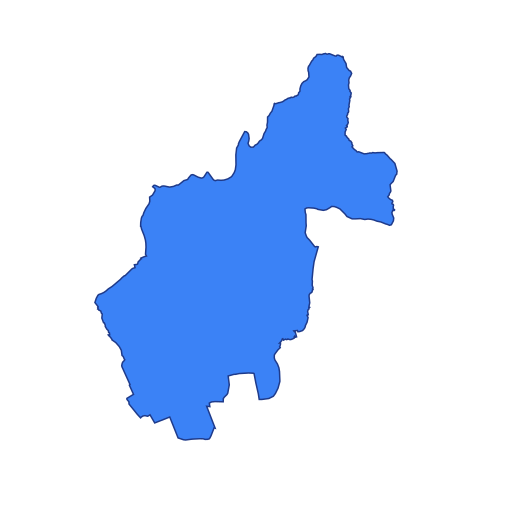 Coas, Maramures, Romania (Mercator projection), rotated 232°
{"feature_id": "2599482B41042364837180", "entity_name": "Coas", "entity_type": "district", "adm_level": 2, "iso_a3": "ROU", "parent_name": "Romania", "parent_adm1": "Maramures", "projection": "mercator", "projection_center": [23.595, 47.517], "detail": "fine", "context": "isolated", "style": "filled", "palette": "blue", "viewbox_px": 512, "rotation_deg": 232, "n_neighbors": 0, "source": "geoboundaries", "source_scale": "gbopen_adm2", "svg_char_len": 6089}
<svg xmlns="http://www.w3.org/2000/svg" viewBox="0 0 512 512"><g transform="rotate(232 256 256)"><path d="M313.1,99.7L312.3,99.7L311.7,98.6L310.9,99.1L310.3,98.8L308.2,99.8L306.2,99.0L304.9,99.1L302.0,96.3L297.3,94.8L296.7,95.3L294.3,94.6L293.2,93.8L290.1,93.4L288.2,93.7L286.5,92.8L285.7,93.2L284.0,92.2L284.8,91.0L284.4,90.9L281.5,91.3L278.6,91.1L278.5,90.9L274.1,92.2L268.8,92.5L264.6,91.8L260.1,89.2L258.6,89.5L255.7,88.7L255.2,88.8L254.8,88.2L254.5,85.9L253.9,84.6L252.4,82.8L251.3,82.2L232.3,77.6L232.2,76.7L222.4,74.3L223.3,66.6L222.4,66.0L219.4,66.1L217.5,64.8L204.3,65.0L199.5,65.4L199.7,66.5L199.5,68.4L198.6,70.2L196.5,71.9L196.3,72.6L196.1,74.7L186.8,73.4L182.2,88.9L160.6,82.6L155.9,85.7L154.4,87.2L151.1,92.8L146.7,99.1L144.5,101.8L142.8,103.0L141.3,105.1L140.7,106.5L141.0,107.7L142.1,110.0L146.4,117.2L145.5,117.8L168.0,124.6L165.7,126.9L168.8,128.6L168.4,131.1L166.5,134.1L161.3,140.4L163.8,142.5L164.3,144.3L164.7,147.8L165.3,149.3L170.9,155.6L178.6,160.2L176.3,165.8L175.4,167.0L173.7,170.4L168.4,178.1L165.4,181.6L164.6,182.1L156.0,177.7L146.0,173.0L141.0,170.2L139.3,172.4L135.8,178.4L134.8,183.3L135.7,186.6L138.3,192.0L142.4,197.5L143.4,198.3L150.5,203.4L153.8,205.2L157.7,206.4L162.5,206.9L164.5,207.7L166.7,209.5L167.3,211.0L168.5,215.4L168.9,218.7L170.0,218.8L170.2,219.4L171.5,221.1L172.5,221.8L172.9,221.1L173.5,224.2L174.4,225.5L174.3,226.2L172.8,225.9L172.3,228.1L171.3,228.6L170.9,229.6L171.0,230.0L169.3,231.2L168.7,232.0L168.1,233.8L167.8,235.6L168.8,236.4L169.0,237.1L167.8,236.9L167.3,238.2L172.1,240.2L172.4,240.3L172.7,239.7L173.7,239.7L171.8,242.8L170.5,242.4L169.6,243.8L168.6,246.7L168.7,247.8L169.1,249.6L170.0,251.4L170.6,251.8L172.4,255.5L175.4,259.1L177.9,259.7L178.0,260.0L177.5,261.0L180.5,262.5L181.7,264.2L181.7,265.3L182.7,265.7L182.6,266.7L183.4,266.5L183.7,266.7L186.0,269.5L191.9,273.2L192.8,274.2L193.3,276.0L193.0,276.8L193.2,278.2L193.9,278.7L194.6,280.4L195.3,280.2L195.7,281.3L198.4,282.3L201.5,285.0L203.0,285.7L211.0,293.3L215.8,298.3L224.9,310.7L226.0,309.8L226.7,308.3L227.5,308.0L235.4,308.0L239.1,307.6L240.9,308.0L244.1,309.1L248.9,314.2L251.3,315.8L257.8,320.8L259.9,321.6L262.9,323.5L262.7,325.4L261.7,327.1L258.1,331.1L255.8,333.0L254.7,333.4L250.5,337.2L249.1,340.1L248.5,344.8L248.5,346.1L246.7,348.2L244.7,349.5L241.5,351.1L234.4,352.0L231.1,352.0L226.1,354.6L224.2,357.0L221.2,361.3L217.8,364.2L216.2,367.0L214.0,369.3L211.9,371.0L208.9,372.8L206.0,375.3L201.3,378.0L200.2,378.9L198.0,380.1L197.3,381.9L199.1,385.9L201.1,387.9L205.0,389.0L206.7,389.9L207.1,391.0L207.8,391.7L206.8,393.0L207.0,393.6L207.3,393.7L208.6,393.2L210.4,394.5L211.4,395.7L212.2,395.9L213.1,395.3L213.8,395.5L214.5,396.7L214.5,397.2L215.1,397.5L215.9,397.8L217.6,396.8L220.0,396.3L221.6,396.3L222.1,398.5L223.1,399.6L223.5,401.1L224.2,402.3L229.6,405.5L229.9,406.8L230.3,410.0L233.3,415.1L233.7,416.0L233.9,417.4L234.6,417.9L236.0,419.4L243.4,422.4L249.0,421.9L249.9,421.6L254.8,421.4L256.7,420.9L258.3,420.9L258.7,420.7L262.7,415.3L263.9,413.3L265.7,411.6L265.9,410.5L267.2,409.0L267.4,408.2L268.0,407.4L268.3,406.5L269.9,404.1L274.9,401.1L275.5,400.0L276.0,399.7L277.5,399.7L279.4,399.1L282.6,398.8L283.1,399.1L283.1,400.0L283.3,400.2L285.3,400.5L286.0,401.2L288.1,401.4L289.8,400.6L290.9,401.1L293.5,400.8L294.9,401.1L296.0,400.6L296.5,400.7L298.9,402.6L300.2,405.0L301.8,405.2L301.6,407.4L302.1,407.8L302.9,407.6L302.9,408.2L303.4,408.7L303.4,409.3L304.3,410.8L306.6,412.0L307.6,413.1L309.5,413.0L310.5,413.7L311.1,415.3L312.2,416.2L312.2,417.1L313.0,418.1L315.1,419.4L316.3,421.4L317.6,422.1L320.8,425.7L322.1,426.3L322.3,427.1L322.9,427.6L322.9,428.3L323.7,428.4L323.5,429.2L324.4,429.5L324.8,430.3L325.9,431.4L327.9,431.4L328.6,432.1L330.7,432.1L333.9,434.2L335.2,435.9L337.6,437.4L339.0,439.3L339.6,441.3L341.0,443.8L343.5,444.3L344.8,443.6L348.8,443.5L352.2,445.4L357.2,446.1L359.1,447.2L359.4,446.5L360.1,446.8L360.3,446.2L363.4,444.7L364.3,443.6L364.4,443.1L364.2,442.3L364.9,441.5L370.1,438.5L370.6,437.9L371.1,436.5L371.6,436.0L372.9,435.4L373.3,434.3L373.7,433.7L374.2,432.0L375.7,430.3L377.2,428.2L376.3,426.0L376.4,423.2L375.5,421.5L375.3,419.9L373.3,415.2L373.2,414.3L372.0,412.6L369.9,411.1L368.4,410.6L364.5,408.0L363.4,404.8L363.5,403.0L364.0,401.0L363.7,398.5L362.5,396.0L360.6,393.5L358.9,392.2L358.6,391.5L358.4,390.1L357.5,389.2L357.0,387.9L357.3,387.0L357.3,386.0L358.0,385.3L357.9,383.6L358.7,382.0L359.5,381.5L359.6,380.0L360.0,379.7L360.7,377.7L360.6,376.6L361.1,374.9L361.1,372.9L361.3,371.6L362.2,369.3L362.8,368.3L363.6,366.0L364.2,364.8L364.8,364.6L364.7,363.9L363.7,363.0L360.3,357.7L359.7,355.2L358.6,352.7L358.4,350.7L354.3,347.4L352.4,345.2L350.4,344.0L349.4,341.7L348.6,340.6L347.5,337.7L344.6,333.5L344.2,331.5L344.4,330.5L344.3,329.1L343.7,327.4L343.5,325.7L343.5,325.1L343.9,323.7L343.4,321.0L344.9,318.9L347.1,318.4L349.7,319.1L351.1,321.1L352.8,322.9L356.4,325.0L358.0,325.3L359.8,324.9L361.0,323.7L356.4,313.3L355.2,311.2L354.4,310.6L353.0,307.2L348.1,302.4L340.1,296.3L336.7,292.8L335.2,290.3L333.8,286.5L333.6,285.1L334.1,281.3L335.5,277.6L337.2,275.0L339.5,272.5L340.5,270.2L341.8,269.5L343.0,269.4L350.4,269.7L351.5,269.7L351.9,269.3L352.2,268.9L350.4,263.7L350.4,262.3L351.0,260.9L353.8,258.9L357.9,257.0L359.0,256.3L359.6,255.3L359.8,254.6L359.0,250.8L358.5,249.6L358.6,248.6L359.8,245.6L359.7,238.6L360.8,237.1L361.6,233.9L363.5,230.3L367.3,227.1L368.4,225.9L369.0,224.7L369.2,222.8L369.6,222.2L373.7,220.1L374.3,219.5L374.6,218.7L374.2,217.2L371.4,217.9L370.4,217.4L369.5,216.5L367.7,211.9L367.9,208.4L364.6,206.1L363.0,203.9L361.3,198.5L359.2,194.3L357.5,191.8L357.4,190.7L356.4,189.0L353.4,185.8L350.5,183.4L350.3,183.6L347.6,182.4L340.8,180.4L336.7,178.7L333.9,177.1L330.6,174.7L325.4,170.0L323.4,169.7L324.2,167.7L325.2,164.0L324.4,163.9L324.6,162.9L324.2,162.0L324.0,159.7L322.6,157.7L322.7,157.0L324.0,154.8L321.3,153.5L322.1,151.3L322.2,150.0L321.1,140.8L321.5,140.0L321.4,137.1L321.0,134.5L320.6,123.8L321.0,119.4L320.8,116.5L320.9,113.9L321.5,111.1L322.4,108.6L322.4,107.3L321.0,104.1L318.5,100.4L313.3,100.4L313.1,99.7Z" fill="#3b82f6" stroke="#1e3a8a" stroke-width="1.5"/></g></svg>